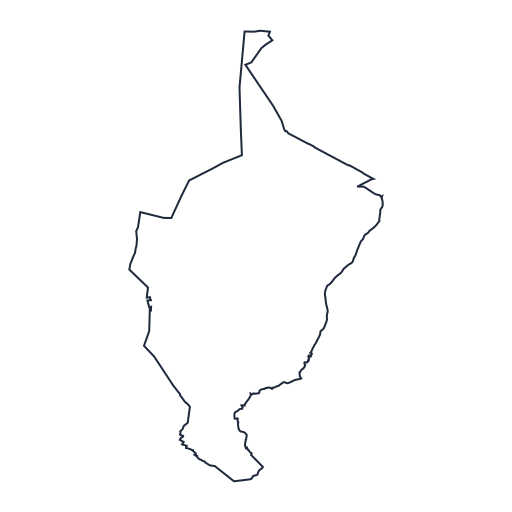 Tepetlixpa, Morelos, Mexico
{"feature_id": "50627088B54138403616253", "entity_name": "Tepetlixpa", "entity_type": "district", "adm_level": 2, "iso_a3": "MEX", "parent_name": "Mexico", "parent_adm1": "Morelos", "projection": "albers", "projection_center": [-98.833, 19.014], "detail": "fine", "context": "isolated", "style": "outline", "palette": "slate", "viewbox_px": 512, "rotation_deg": 0, "n_neighbors": 0, "source": "geoboundaries", "source_scale": "gbopen_adm2", "svg_char_len": 6043}
<svg xmlns="http://www.w3.org/2000/svg" viewBox="0 0 512 512"><path d="M140.3,212.1L138.0,227.2L136.2,231.2L137.0,238.8L136.5,245.5L135.7,248.5L135.0,252.9L133.6,255.8L130.4,263.8L129.3,269.5L136.1,276.1L148.0,287.5L146.7,297.6L148.3,297.5L149.8,297.1L150.5,299.6L150.9,299.9L150.9,300.2L147.4,300.5L149.2,307.3L151.1,306.8L150.9,310.6L150.6,310.6L149.8,309.8L149.2,331.1L144.0,345.8L154.3,356.7L173.6,386.1L175.7,388.6L176.0,389.1L178.2,391.9L179.7,393.6L180.0,394.1L180.2,394.9L180.2,395.5L181.8,397.5L184.9,401.8L187.8,404.2L189.9,406.8L187.7,422.8L184.0,425.7L182.3,429.5L180.2,431.4L180.5,432.7L180.0,434.6L183.9,436.3L183.4,436.3L180.8,438.0L180.2,439.0L179.8,439.8L183.7,442.0L182.1,444.4L186.7,445.8L186.6,446.2L186.1,447.0L186.0,448.0L186.5,448.0L190.7,449.3L192.4,450.4L193.0,450.2L193.2,451.1L195.7,453.3L195.9,454.1L194.5,454.8L196.0,455.8L196.6,455.9L197.1,456.0L196.9,456.6L198.7,458.7L200.0,459.5L201.4,459.9L202.1,460.6L204.8,461.6L205.1,462.4L209.7,465.3L214.8,466.1L234.0,481.3L250.1,479.3L251.2,478.8L252.0,478.2L252.5,477.2L252.6,476.5L252.8,476.4L253.5,476.0L253.7,475.8L253.9,475.7L254.9,475.5L255.2,475.3L255.5,475.3L255.9,475.3L256.2,475.1L256.7,474.9L257.1,474.8L257.4,474.6L257.6,474.3L257.9,472.9L258.3,471.9L259.2,470.4L259.4,470.1L259.9,469.8L261.1,468.9L261.6,468.6L262.1,468.1L262.3,467.8L262.4,467.7L262.9,466.9L258.9,462.9L256.8,460.7L255.2,459.1L253.0,456.9L251.1,454.9L251.7,453.4L250.0,452.2L248.5,450.0L248.3,449.7L247.6,449.7L246.9,447.6L245.9,448.1L245.8,447.7L245.8,447.1L244.9,445.8L245.1,445.1L245.1,443.1L245.6,441.4L245.7,439.9L246.2,439.1L246.1,438.5L246.7,436.0L246.7,434.8L244.7,432.6L243.3,432.0L242.0,431.7L241.6,431.5L240.7,431.5L239.5,430.5L238.7,429.1L238.1,425.7L238.0,422.9L238.3,422.6L237.6,421.3L237.8,419.0L237.6,418.6L237.3,418.3L235.5,418.8L234.6,418.5L234.4,415.8L234.4,414.9L234.4,413.7L234.9,412.6L235.6,411.9L237.1,411.3L239.7,409.1L241.1,408.8L242.1,408.8L242.6,407.4L241.5,405.4L242.4,405.3L242.8,405.2L243.9,405.5L244.6,405.6L245.2,403.6L248.3,399.6L249.9,397.1L250.5,395.9L250.7,394.9L250.6,393.6L251.6,394.3L252.2,394.3L252.4,394.3L252.7,394.1L252.9,393.9L253.1,393.6L253.4,393.4L253.8,393.3L254.0,393.4L254.1,393.6L254.3,393.7L254.5,393.8L256.1,393.6L256.7,393.5L257.4,393.4L258.3,393.3L258.8,393.3L259.4,392.3L259.4,391.7L259.5,390.8L261.3,389.4L264.6,388.8L264.8,388.6L265.0,388.5L265.3,388.5L265.4,388.4L265.6,388.1L265.8,388.0L266.0,387.9L266.6,388.0L267.1,388.0L267.3,387.9L268.0,387.5L268.3,387.5L268.7,387.6L268.9,387.7L269.4,387.7L270.0,387.7L270.3,387.8L270.8,388.0L271.2,388.2L271.7,388.4L271.8,388.8L272.0,388.9L272.3,388.8L272.4,388.5L272.5,388.1L272.6,387.8L274.8,387.3L276.4,386.5L278.8,385.7L279.3,385.2L279.8,384.8L280.4,384.4L281.3,383.8L282.0,383.2L282.7,382.7L283.1,382.4L283.9,382.2L284.5,382.2L285.3,382.5L286.3,383.0L287.0,383.2L287.6,383.2L289.2,382.7L293.2,380.8L294.9,380.0L296.2,379.7L300.7,378.7L301.2,378.5L300.9,378.1L300.5,377.4L299.9,376.3L299.8,375.2L299.6,374.5L299.7,373.6L299.6,373.0L299.5,372.4L300.1,371.9L300.4,371.6L300.8,370.8L301.5,369.7L302.6,369.1L302.9,368.7L303.5,368.4L303.9,367.4L304.4,367.1L304.8,366.2L304.9,365.8L305.2,365.2L305.2,364.8L304.8,364.6L304.7,364.3L304.4,363.8L304.6,363.3L304.5,362.5L305.0,362.2L307.1,362.5L307.6,361.8L308.0,361.3L308.0,361.1L308.0,360.7L308.6,360.7L308.9,359.8L308.9,359.2L308.6,358.9L309.5,357.2L308.3,356.6L309.0,355.4L309.6,355.5L311.0,356.1L311.8,353.6L311.0,353.4L310.3,352.9L311.4,351.4L311.9,350.2L312.8,348.1L313.6,346.8L314.2,345.4L315.3,343.9L316.5,341.8L317.3,339.9L318.3,338.3L319.1,336.6L319.7,335.3L320.1,334.1L320.3,333.0L320.3,332.4L320.7,331.0L320.8,330.9L321.0,330.8L321.2,330.6L321.6,330.4L322.0,330.1L323.1,329.1L323.8,328.1L324.4,327.0L325.0,325.4L325.5,324.0L326.3,322.1L327.0,319.3L326.8,316.2L327.0,314.5L327.3,313.2L327.7,311.7L327.6,310.0L327.1,307.8L326.5,305.6L326.2,304.1L325.8,301.9L325.6,299.5L325.4,297.6L325.1,296.1L324.8,294.2L325.0,292.9L325.2,291.2L325.5,290.0L326.0,288.9L326.5,287.5L326.9,286.4L327.6,285.5L328.5,284.9L329.3,284.5L329.8,284.1L331.4,282.4L332.4,281.2L333.4,279.8L334.9,277.9L336.4,276.5L338.1,275.0L339.7,273.9L341.0,272.8L342.2,271.2L343.3,269.3L344.4,268.2L346.3,266.6L347.6,265.4L349.0,264.4L350.6,263.6L351.6,262.8L352.4,262.1L352.9,261.1L353.4,259.5L353.6,258.7L353.9,257.9L354.3,257.1L355.0,256.3L356.0,253.9L356.6,252.0L357.1,250.5L357.6,249.2L358.4,247.4L359.0,245.6L360.0,243.4L360.4,242.4L360.8,241.5L361.5,240.7L362.0,240.2L362.6,239.6L363.2,238.7L363.8,237.1L364.1,236.2L364.7,235.3L365.2,234.7L366.0,234.1L367.7,233.1L368.3,232.5L368.7,232.0L369.1,231.4L369.5,230.9L369.9,230.4L370.4,230.2L371.3,229.5L372.1,228.9L372.9,228.3L374.8,226.6L375.5,225.9L376.1,225.3L377.3,223.8L378.4,222.2L379.4,221.1L379.4,220.6L379.3,220.1L379.3,219.2L379.9,215.0L380.2,212.9L380.3,211.5L380.3,210.0L380.9,208.7L382.1,207.2L382.6,205.8L382.7,204.6L382.6,202.2L382.5,201.6L382.4,200.2L382.1,199.7L381.9,199.1L381.9,198.5L381.6,197.8L381.8,197.4L382.1,196.3L381.8,196.5L381.5,196.4L381.2,196.5L380.8,196.7L380.7,196.6L380.5,196.1L380.2,195.6L380.0,195.3L378.7,195.0L377.5,194.8L375.7,194.2L375.4,194.2L373.6,193.1L370.2,190.8L365.6,187.8L364.1,186.9L363.4,186.7L359.5,186.6L357.1,186.5L358.1,186.2L371.5,179.3L373.0,179.0L373.4,178.9L372.4,178.4L370.2,177.2L368.6,176.3L367.3,175.6L363.6,173.5L363.0,173.0L362.1,172.3L358.7,170.4L356.9,169.5L353.8,167.7L351.9,166.7L350.6,165.9L350.0,165.7L349.4,165.3L349.1,165.2L348.9,165.2L348.8,165.3L348.7,165.3L348.2,165.3L314.4,147.3L314.4,147.0L314.2,146.7L313.8,146.5L313.1,146.1L311.9,145.5L311.0,145.0L308.9,143.9L308.5,143.7L308.2,143.8L288.8,133.6L287.9,132.9L287.7,132.5L287.2,131.8L287.0,131.4L286.8,131.2L286.7,131.2L286.3,131.2L285.7,131.2L285.3,131.2L284.2,129.3L281.6,120.8L273.1,105.8L245.4,64.8L251.3,62.4L261.5,48.0L265.6,44.7L272.3,40.3L268.4,35.6L269.9,31.7L260.7,30.8L260.3,30.7L254.4,31.7L244.6,31.5L239.5,87.4L240.8,129.0L241.9,155.2L223.0,162.8L213.2,168.2L206.3,171.7L189.1,180.5L181.6,195.6L171.3,218.0L163.7,217.9L140.3,212.1Z" fill="none" stroke="#1e293b" stroke-width="2"/></svg>